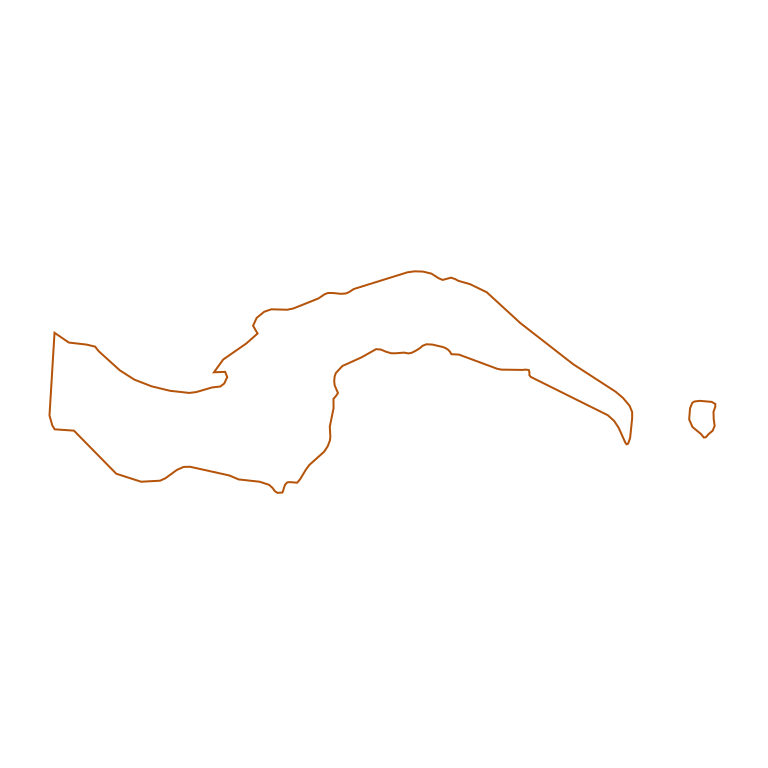 outline of Davao del Sur, rotated 273°
{"feature_id": "PHL-2596", "entity_name": "Davao del Sur", "entity_type": "Province", "adm_level": 1, "iso_a3": "PHL", "parent_name": "Philippines", "parent_adm1": "", "projection": "mercator", "projection_center": [125.415, 6.192], "detail": "fine", "context": "isolated", "style": "outline", "palette": "amber", "viewbox_px": 768, "rotation_deg": 273, "n_neighbors": 0, "source": "natural_earth", "source_scale": "10m", "svg_char_len": 2004}
<svg xmlns="http://www.w3.org/2000/svg" viewBox="0 0 768 768"><g transform="rotate(273 384 384)"><path d="M417.9,52.3L408.9,67.1L407.8,84.8L406.2,93.6L401.8,97.4L383.8,119.5L375.3,134.5L369.5,152.1L366.0,170.9L364.9,190.0L366.1,196.9L371.6,212.6L372.9,220.6L376.1,224.4L382.7,227.1L387.8,224.7L386.8,213.6L400.0,222.1L417.2,244.3L427.8,255.1L435.3,250.2L443.4,253.4L449.9,260.6L452.7,267.6L453.1,283.4L454.6,289.3L466.1,314.2L470.4,319.8L471.9,323.1L472.2,327.7L471.8,336.6L472.4,341.0L473.7,343.9L477.3,348.9L496.7,401.4L498.1,408.5L498.3,417.0L496.7,425.6L492.5,433.0L491.0,437.1L493.7,445.4L492.5,449.6L490.9,452.9L488.2,464.7L481.0,481.8L451.8,517.2L413.6,572.0L388.5,615.6L382.6,623.4L375.1,630.4L368.9,633.3L362.4,633.6L343.0,632.6L337.2,630.9L336.5,629.3L338.2,628.0L352.6,620.6L358.7,616.1L359.2,615.7L364.5,609.2L398.8,530.1L400.5,528.7L403.3,528.6L405.5,527.9L405.8,525.0L405.3,521.4L404.5,500.3L405.2,496.0L417.3,457.3L417.3,449.8L417.4,449.7L419.7,448.2L421.6,446.2L423.0,443.8L424.0,440.9L425.9,430.2L425.9,424.3L424.2,420.6L421.8,418.1L418.9,414.0L416.5,409.8L415.8,406.7L416.4,402.4L415.3,394.1L415.1,389.5L416.4,384.1L418.2,379.2L418.4,374.3L409.4,360.1L399.8,341.5L392.4,335.3L388.7,334.3L384.3,334.1L380.1,334.8L372.6,338.5L369.6,336.7L366.5,334.3L357.2,334.9L338.6,332.1L328.4,333.2L324.6,332.9L319.0,331.1L313.3,327.8L299.5,313.9L294.6,310.6L284.5,305.2L280.9,302.5L281.1,294.9L280.7,292.6L278.5,290.6L275.0,289.5L271.8,288.8L270.3,288.2L270.1,286.5L269.7,283.2L271.4,280.5L274.3,278.2L277.3,274.5L279.9,264.9L281.1,243.8L284.4,234.8L284.4,234.7L284.5,234.7L291.2,194.7L290.7,188.3L287.4,181.7L278.4,170.6L275.7,165.4L273.7,146.5L280.4,121.3L321.2,76.8L321.5,57.5L323.0,56.5L325.4,54.9L335.0,51.6L417.9,52.3ZM381.4,692.9L382.8,695.0L383.7,700.2L383.3,712.1L381.4,715.9L378.6,716.0L373.5,714.5L366.1,715.1L359.4,716.4L354.5,714.6L351.2,711.0L347.6,708.1L347.3,706.2L350.7,703.1L357.2,694.3L364.6,690.6L375.8,690.9L381.4,692.9Z" fill="none" stroke="#b45309" stroke-width="2"/></g></svg>